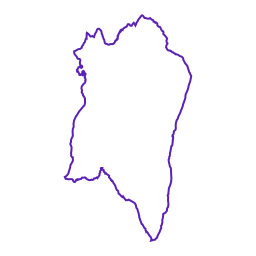 the district of Puente Nacional, Santander, Colombia
{"feature_id": "7082276B3826053378979", "entity_name": "Puente Nacional", "entity_type": "district", "adm_level": 2, "iso_a3": "COL", "parent_name": "Colombia", "parent_adm1": "Santander", "projection": "equal_earth", "projection_center": [-73.687, 5.82], "detail": "fine", "context": "isolated", "style": "outline", "palette": "violet", "viewbox_px": 256, "rotation_deg": 0, "n_neighbors": 0, "source": "geoboundaries", "source_scale": "gbopen_adm2", "svg_char_len": 5653}
<svg xmlns="http://www.w3.org/2000/svg" viewBox="0 0 256 256"><path d="M163.5,32.9L163.3,31.5L162.3,31.0L161.7,30.3L160.2,27.3L159.8,26.8L158.9,26.8L157.5,25.6L157.3,25.1L157.4,24.2L157.1,23.3L156.6,22.6L155.8,22.3L155.3,22.8L154.4,22.1L154.0,21.5L153.5,21.5L153.5,20.7L153.1,20.1L151.6,19.6L150.1,18.1L149.7,18.4L149.1,18.7L147.5,18.7L145.6,18.0L144.5,18.0L143.2,16.0L142.3,15.4L141.7,15.4L138.2,19.8L137.8,20.9L136.7,22.5L135.8,24.8L135.4,25.5L135.0,24.5L133.7,22.8L132.7,24.0L131.6,25.8L131.0,25.8L130.2,25.5L129.9,25.2L129.5,24.4L128.5,24.2L127.8,24.3L127.3,25.5L126.6,26.6L126.3,26.6L125.8,27.2L125.1,27.3L123.4,28.5L123.1,28.9L122.7,30.0L122.0,29.6L121.8,29.6L121.5,30.2L121.1,29.8L120.7,30.1L120.8,30.4L120.6,31.6L120.2,32.1L119.7,31.8L119.0,33.4L118.2,34.7L118.3,35.5L117.7,36.0L117.9,36.3L117.6,37.1L117.8,37.6L117.6,37.7L117.4,38.6L117.6,39.0L117.3,39.4L116.8,39.0L116.6,39.2L116.7,39.8L116.6,40.1L115.9,40.7L115.3,40.7L114.7,42.6L113.8,43.2L113.7,43.6L112.9,44.0L109.8,44.2L109.4,44.6L108.9,44.7L108.1,44.6L106.5,43.8L105.8,43.8L104.9,43.1L104.5,41.5L104.2,39.8L103.7,39.2L103.0,37.0L102.6,36.4L102.5,35.0L101.7,33.7L101.6,32.3L101.2,30.8L99.1,28.8L98.1,28.8L97.7,28.9L97.0,29.7L96.4,31.7L95.4,33.2L94.8,34.5L94.3,36.0L94.1,37.0L93.1,36.6L92.3,36.0L91.5,36.4L90.5,36.5L88.5,34.0L86.9,32.8L86.7,33.5L86.7,36.1L86.4,37.5L86.7,38.7L85.8,38.9L85.2,40.8L84.9,42.0L84.5,42.6L83.9,43.0L83.1,45.0L81.9,46.4L81.8,47.6L80.2,48.9L78.3,49.2L75.6,50.7L74.1,51.3L74.3,53.3L74.6,54.1L76.6,56.6L77.6,58.6L78.1,58.9L78.6,58.8L79.7,59.0L80.0,59.4L80.3,60.0L80.3,60.6L79.8,62.7L80.1,64.0L80.1,65.1L80.4,65.4L81.7,65.6L81.9,65.8L82.2,66.5L82.2,67.1L82.0,67.5L81.4,67.9L81.0,67.8L80.0,67.0L79.0,67.1L78.4,67.3L78.1,68.5L77.1,69.6L76.9,70.0L77.1,71.5L77.3,71.9L77.7,71.9L78.2,71.6L79.1,73.7L79.4,74.9L80.8,75.0L81.1,74.8L81.4,73.8L81.8,73.5L82.2,73.6L82.9,75.3L83.2,75.3L83.3,74.7L82.3,71.8L82.6,71.3L83.4,70.8L83.7,71.0L85.1,73.6L85.5,73.8L85.4,74.6L85.0,74.6L84.9,75.0L84.8,75.9L85.0,77.0L84.7,77.8L84.8,78.1L85.4,78.5L85.6,79.3L85.6,80.0L85.3,80.1L85.2,80.3L85.4,80.7L85.4,81.6L84.8,82.9L83.4,84.2L82.0,86.0L81.7,86.6L81.5,87.9L81.5,88.7L82.0,90.4L81.7,92.4L82.7,93.8L83.1,95.6L83.7,96.1L85.0,98.5L85.0,102.7L84.6,104.8L84.4,105.3L83.3,106.4L79.1,111.5L76.7,115.5L75.8,116.6L74.1,120.4L73.6,123.2L73.5,124.2L73.7,125.7L73.5,127.3L72.9,128.7L72.6,131.1L72.8,135.7L72.6,136.5L71.3,139.1L71.0,140.3L71.0,141.8L70.9,142.5L70.3,143.7L70.3,144.1L71.3,146.3L71.6,147.6L71.3,151.8L71.0,153.1L71.2,154.5L71.1,155.5L71.2,156.0L71.7,156.6L72.1,157.3L72.8,157.4L72.9,160.7L72.2,162.2L70.5,165.0L70.1,167.6L68.8,171.8L68.7,172.4L68.3,173.5L67.5,174.7L66.0,176.3L64.8,176.9L65.7,178.9L66.6,178.8L68.4,179.3L71.5,179.1L72.4,179.3L72.8,179.7L73.1,180.8L73.4,181.0L73.7,181.7L74.8,182.1L75.4,181.6L76.2,179.7L76.4,179.6L76.9,179.6L77.6,180.1L77.8,180.0L78.0,179.2L79.3,179.4L80.0,179.1L81.1,178.9L82.1,177.6L83.9,177.7L84.9,177.4L85.6,177.7L86.1,178.5L86.7,179.0L88.9,180.1L89.9,180.2L90.4,179.9L91.0,180.0L91.8,179.6L92.3,179.9L92.8,179.8L93.5,179.5L94.1,178.5L94.4,178.3L95.5,178.3L96.9,177.4L97.2,177.5L97.5,178.0L99.6,175.0L99.4,173.6L100.2,172.5L100.1,171.6L100.4,170.7L101.2,169.9L101.1,169.1L100.8,168.3L101.2,168.0L102.4,168.0L102.4,168.8L102.2,169.4L102.3,169.6L103.7,170.1L103.8,170.4L103.6,170.8L103.6,171.0L104.1,172.0L104.8,172.2L105.3,173.7L106.1,173.4L106.3,173.8L109.1,175.7L109.0,177.3L110.7,179.2L111.0,180.2L111.7,180.3L111.9,181.0L112.3,180.9L112.6,181.2L113.5,183.1L114.6,184.6L115.5,186.3L115.9,188.0L116.6,189.7L116.9,190.0L117.6,190.4L118.1,191.0L118.5,193.2L118.7,193.7L119.7,194.3L121.3,196.2L122.4,197.1L123.0,196.3L124.7,198.9L125.4,199.3L125.8,200.2L128.0,200.1L128.7,199.6L133.3,202.2L134.7,203.1L135.1,203.7L136.0,205.5L136.2,207.2L136.6,208.2L137.4,209.1L138.0,211.5L138.7,213.4L138.8,214.5L139.3,216.0L139.2,217.3L139.9,218.9L139.9,219.6L140.2,220.1L141.2,222.5L141.5,223.7L141.8,224.2L142.2,224.2L142.6,224.6L144.1,227.5L144.5,228.0L145.5,228.8L145.5,230.0L145.8,230.6L146.2,231.9L146.6,231.5L147.7,232.8L149.6,235.9L150.6,236.9L151.4,238.5L151.4,239.0L151.3,240.1L151.1,240.6L153.6,239.9L155.0,239.7L156.6,237.8L157.1,237.7L157.7,235.4L159.5,232.2L160.6,229.2L161.2,228.4L161.1,225.7L161.9,224.6L162.0,223.5L162.4,222.5L162.3,220.0L162.9,217.6L163.1,215.9L163.3,214.8L163.1,214.4L163.3,213.8L165.3,212.8L166.9,210.8L167.0,208.9L167.2,208.2L168.0,207.1L168.1,206.3L168.3,205.6L168.4,203.9L168.0,199.8L168.2,197.0L167.8,196.0L167.7,195.3L167.9,194.9L168.4,194.4L168.4,192.4L168.6,191.3L168.9,188.1L170.0,185.7L171.1,181.9L171.4,178.8L170.9,168.5L170.7,167.9L169.9,166.5L168.8,161.6L168.6,159.8L169.2,158.3L169.3,156.6L169.6,156.4L169.8,155.9L170.0,152.9L170.6,150.5L171.3,146.3L171.9,145.9L172.4,144.9L172.6,142.3L172.8,141.7L172.6,140.7L172.9,139.9L172.9,139.0L173.2,138.4L173.1,137.3L172.9,137.1L173.0,136.6L172.4,136.3L172.4,135.9L172.7,134.9L173.2,134.7L173.6,133.7L173.9,131.2L174.9,130.4L175.4,129.6L175.6,129.5L175.8,128.4L175.7,125.4L175.9,123.2L176.6,120.3L177.8,118.6L178.3,116.7L179.9,113.5L182.5,106.8L183.4,103.5L184.1,101.9L184.1,101.3L184.4,100.9L185.4,97.8L185.4,96.1L185.7,94.3L187.4,90.5L188.3,87.8L188.6,85.8L190.1,81.6L191.2,76.5L191.1,75.6L190.3,74.4L190.0,73.2L189.3,72.3L187.3,65.9L185.0,63.0L183.3,59.7L183.2,59.3L183.2,58.4L182.6,57.5L181.5,56.6L179.8,56.0L178.0,54.8L176.8,54.4L175.6,54.3L175.4,53.7L174.7,53.6L174.0,53.2L173.1,52.3L172.2,52.3L171.3,51.2L170.5,51.1L170.2,50.6L168.9,50.5L167.8,50.1L166.9,49.0L166.7,48.3L166.1,47.5L166.3,45.8L166.9,44.4L167.5,43.7L167.5,43.4L166.9,42.6L166.4,40.9L167.0,38.7L166.9,38.1L165.2,35.8L163.3,34.0L163.3,33.6L163.5,32.9Z" fill="none" stroke="#5b21b6" stroke-width="2"/></svg>